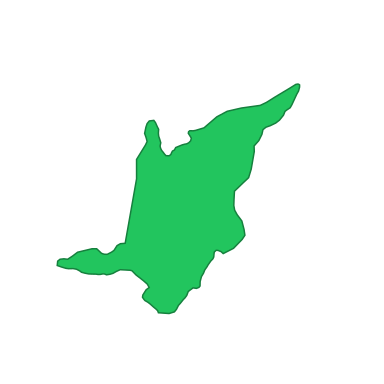 Nana-Bakassa, Ouham, Central African Republic (Robinson projection), rotated 231°
{"feature_id": "33826404B64832249251388", "entity_name": "Nana-Bakassa", "entity_type": "district", "adm_level": 2, "iso_a3": "CAF", "parent_name": "Central African Republic", "parent_adm1": "Ouham", "projection": "robinson", "projection_center": [17.392, 6.939], "detail": "fine", "context": "isolated", "style": "filled", "palette": "green", "viewbox_px": 384, "rotation_deg": 231, "n_neighbors": 0, "source": "geoboundaries", "source_scale": "gbopen_adm2", "svg_char_len": 2205}
<svg xmlns="http://www.w3.org/2000/svg" viewBox="0 0 384 384"><g transform="rotate(231 192 192)"><path d="M119.3,89.9L112.0,97.7L109.9,102.9L110.6,106.1L112.4,110.1L112.8,112.7L113.9,117.7L114.1,119.8L114.9,122.8L117.0,126.4L117.0,128.5L116.8,132.5L114.3,134.8L113.5,137.4L113.9,139.1L117.2,141.9L118.4,143.5L120.3,146.1L121.7,149.9L123.4,152.9L124.4,156.5L125.3,158.8L126.5,163.0L126.9,166.1L127.8,168.0L130.0,170.1L131.3,171.5L131.5,174.1L130.2,175.5L127.3,177.1L124.5,177.5L122.1,188.8L123.6,201.2L125.1,205.9L130.2,208.9L138.1,212.5L145.9,212.8L151.0,213.7L155.2,216.0L159.7,219.9L165.9,225.5L166.9,236.9L167.5,245.0L172.5,252.4L184.3,265.9L188.7,269.2L189.9,276.3L192.8,282.6L195.8,286.4L195.8,290.3L194.3,294.5L192.9,300.5L192.8,305.2L194.1,311.4L196.1,315.0L196.1,317.1L195.7,321.3L197.0,324.6L202.1,335.0L203.4,338.3L205.8,341.6L207.5,343.0L208.7,342.7L209.5,341.9L210.4,340.1L210.4,339.4L211.2,333.0L213.5,316.8L214.8,306.1L216.4,299.5L226.2,283.2L232.6,270.1L234.8,258.6L234.3,241.7L237.7,233.4L238.9,231.3L239.7,230.4L241.0,228.8L241.0,227.3L240.0,226.1L238.4,225.9L235.2,225.5L234.2,225.3L232.6,223.1L232.3,220.4L232.8,218.1L233.8,216.3L234.8,214.0L236.0,210.0L236.8,207.3L235.7,204.7L236.1,202.6L235.5,201.1L234.4,199.0L234.6,196.9L236.7,194.6L238.9,194.5L240.9,194.6L243.4,194.6L245.7,195.1L247.8,196.1L249.9,198.7L253.8,200.3L256.3,201.2L258.9,202.9L261.7,205.5L264.5,206.1L269.0,207.3L271.7,207.4L274.1,203.5L273.4,200.2L271.4,197.0L267.3,192.0L266.3,191.7L263.0,190.5L259.5,188.9L257.8,185.4L252.2,169.4L237.1,157.2L194.2,107.8L196.9,103.8L197.5,100.0L195.7,94.6L195.9,91.6L196.9,86.9L199.0,84.5L201.3,83.1L205.2,82.6L207.9,82.2L210.8,78.6L217.2,65.2L217.4,58.7L218.0,53.0L220.7,50.4L222.8,47.1L222.8,44.1L219.7,41.0L215.8,43.4L212.0,46.0L210.0,47.9L207.3,51.4L204.6,53.7L201.3,55.1L199.2,55.6L196.3,57.7L193.4,60.1L191.1,62.7L188.6,65.7L187.0,67.1L185.7,68.8L184.5,71.1L183.5,72.3L181.4,73.5L179.7,76.5L178.5,79.4L177.9,83.1L176.8,87.3L170.2,94.6L168.6,95.8L162.8,96.3L153.8,98.4L148.5,99.3L144.7,98.6L144.9,94.9L142.9,89.0L141.4,87.3L139.4,87.1L137.3,87.1L134.2,88.3L131.3,89.0L126.9,89.7L123.4,90.4L121.3,90.6L119.3,89.9Z" fill="#22c55e" stroke="#15803d" stroke-width="1.5"/></g></svg>